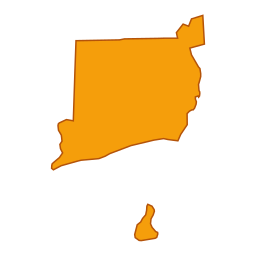 Washington, Rhode Island, United States of America
{"feature_id": "52423323B82979522420472", "entity_name": "Washington", "entity_type": "district", "adm_level": 2, "iso_a3": "USA", "parent_name": "United States of America", "parent_adm1": "Rhode Island", "projection": "mercator", "projection_center": [-71.592, 41.4], "detail": "fine", "context": "isolated", "style": "filled", "palette": "amber", "viewbox_px": 256, "rotation_deg": 0, "n_neighbors": 0, "source": "geoboundaries", "source_scale": "gbopen_adm2", "svg_char_len": 1250}
<svg xmlns="http://www.w3.org/2000/svg" viewBox="0 0 256 256"><path d="M52.3,163.6L51.8,165.2L51.6,168.3L53.4,169.8L61.2,165.7L77.2,161.2L81.2,160.2L96.0,158.9L98.9,158.6L105.2,156.2L109.8,153.6L130.9,145.6L153.9,140.1L163.5,138.6L164.6,138.8L167.9,139.5L177.9,140.8L180.7,134.4L187.2,124.7L187.1,113.6L187.5,113.2L189.4,111.2L192.0,109.8L193.1,109.9L194.5,108.3L196.1,104.2L196.4,101.8L195.4,99.1L195.4,96.9L198.0,96.0L198.6,97.2L199.5,96.0L199.8,93.6L199.7,91.8L199.0,90.6L198.5,84.4L199.2,82.2L200.7,76.6L200.7,73.5L199.9,68.5L198.5,67.0L191.5,54.9L189.8,48.1L201.1,45.0L204.4,44.1L202.8,15.4L191.5,18.9L188.6,26.2L183.1,24.1L176.4,32.6L177.6,38.2L173.0,38.2L164.9,38.2L157.5,38.4L124.4,38.9L119.5,39.9L76.0,40.7L74.9,71.9L74.6,81.3L73.3,120.7L73.3,120.8L66.4,119.6L59.3,122.9L58.3,123.9L58.0,125.7L58.5,130.3L61.3,135.1L61.6,137.3L62.0,141.2L59.9,144.4L60.5,148.7L62.6,152.9L59.5,157.5L52.3,163.6ZM134.7,234.5L135.2,237.6L139.1,240.4L141.2,240.6L155.1,238.3L156.7,237.4L157.8,234.0L157.6,232.4L155.7,231.6L152.1,227.4L150.5,223.8L151.0,218.9L153.2,214.9L154.4,211.2L154.1,209.5L152.0,206.2L147.8,204.3L146.9,206.1L146.6,210.4L145.7,214.8L142.6,218.4L140.7,222.0L137.2,224.8L134.7,234.5Z" fill="#f59e0b" stroke="#b45309" stroke-width="1.5"/></svg>